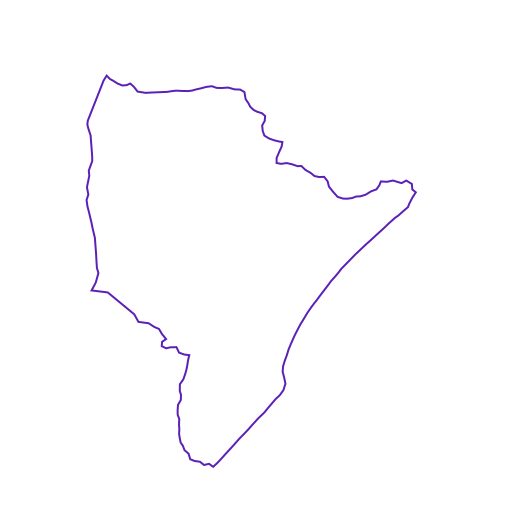 Aquiraz, Ceará, Brazil (Mercator projection), rotated 81°
{"feature_id": "56859067B18185438473519", "entity_name": "Aquiraz", "entity_type": "district", "adm_level": 2, "iso_a3": "BRA", "parent_name": "Brazil", "parent_adm1": "Ceará", "projection": "mercator", "projection_center": [-38.388, -3.948], "detail": "fine", "context": "isolated", "style": "outline", "palette": "violet", "viewbox_px": 512, "rotation_deg": 81, "n_neighbors": 0, "source": "geoboundaries", "source_scale": "gbopen_adm2", "svg_char_len": 2607}
<svg xmlns="http://www.w3.org/2000/svg" viewBox="0 0 512 512"><g transform="rotate(81 256 256)"><path d="M228.1,96.3L222.8,92.4L218.1,88.2L214.7,91.2L209.2,90.8L205.0,95.8L206.8,100.8L204.9,104.8L202.9,108.8L203.2,115.0L201.9,121.0L205.4,123.1L209.0,126.6L210.2,132.4L212.6,138.1L213.4,143.7L212.9,147.7L213.8,152.0L213.7,156.8L212.9,161.1L210.3,166.2L204.2,170.1L198.8,173.1L193.4,173.6L188.5,176.3L187.9,181.2L186.2,185.7L182.5,189.0L178.6,193.8L174.2,197.1L173.8,200.8L170.9,206.4L169.0,211.2L168.9,216.8L167.4,221.1L162.4,220.3L156.5,216.6L152.0,213.6L147.6,212.1L146.3,215.9L144.5,220.1L141.9,224.8L138.4,228.9L133.5,229.8L128.1,229.5L123.8,226.2L119.1,225.1L115.9,227.8L113.7,232.3L111.4,235.5L107.6,238.4L104.1,239.5L99.5,241.7L92.2,241.8L89.1,245.7L88.1,251.0L85.3,257.1L84.7,263.6L83.8,268.6L81.4,273.0L81.2,278.6L81.8,284.2L82.1,289.1L82.6,293.3L82.5,297.1L81.6,302.2L80.2,309.1L80.0,313.5L80.0,318.1L79.5,322.3L78.8,328.4L78.1,334.5L77.6,339.5L75.1,347.2L69.7,350.2L66.0,353.2L67.0,356.9L66.7,361.2L64.2,365.5L60.6,369.6L58.3,372.6L54.5,375.3L58.9,379.1L83.7,393.7L96.1,401.0L99.7,402.0L103.5,401.7L111.1,400.5L120.8,401.3L127.1,401.8L132.6,402.3L136.6,402.9L145.5,407.8L150.6,408.1L161.6,412.2L169.1,412.0L174.2,414.6L180.6,414.7L186.7,414.1L192.0,413.7L197.0,413.3L202.3,413.1L212.9,412.3L228.7,413.6L237.4,414.5L243.1,415.0L248.1,414.3L253.0,416.5L257.3,418.5L264.3,423.8L268.8,408.1L294.5,385.4L302.7,382.4L305.6,372.6L310.2,367.5L312.9,363.2L318.1,361.2L324.0,357.8L326.1,362.2L330.3,363.2L333.1,359.2L332.8,354.9L333.6,348.8L339.4,347.1L342.1,342.3L343.5,337.4L348.5,339.5L353.0,340.9L357.4,342.5L361.7,344.5L366.5,347.1L370.7,351.2L377.4,352.4L381.5,351.8L386.5,352.8L390.8,356.3L395.8,357.5L400.5,358.2L404.9,357.3L410.4,358.4L415.7,358.9L419.7,359.8L424.0,359.8L428.5,359.6L432.0,357.9L436.6,357.0L440.7,353.5L446.4,352.8L448.8,348.8L450.5,343.5L454.3,340.0L453.9,334.9L457.5,331.3L454.4,326.6L450.4,321.5L447.3,317.7L443.7,313.2L440.4,309.0L436.6,304.4L433.8,301.0L429.5,295.2L425.8,290.4L422.8,286.8L416.7,279.2L411.7,272.0L407.9,267.8L402.7,261.7L400.3,258.9L397.3,254.4L392.9,250.0L386.8,246.9L380.4,247.2L374.5,247.8L369.2,246.5L364.2,244.1L358.3,240.8L353.7,238.6L348.6,235.5L344.9,233.1L340.6,230.3L334.0,225.5L330.3,222.7L326.1,219.1L322.4,216.0L319.6,213.6L315.1,209.3L311.8,205.9L309.2,203.0L305.6,199.4L301.5,195.1L296.3,189.6L292.6,185.9L288.8,181.2L285.5,177.4L281.8,173.5L269.9,157.5L265.6,151.2L261.3,144.9L259.1,141.4L253.3,132.7L248.9,125.9L245.1,120.5L240.2,113.0L238.2,108.9L235.4,104.6L231.5,98.3L228.1,96.3Z" fill="none" stroke="#5b21b6" stroke-width="2"/></g></svg>